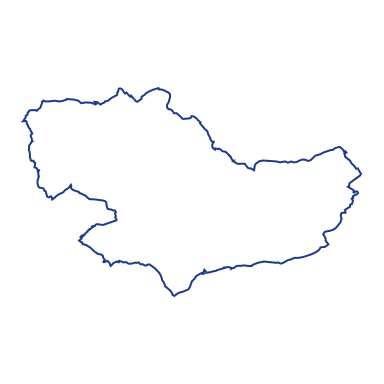 Cepari, Arges, Romania
{"feature_id": "2599482B57703941239263", "entity_name": "Cepari", "entity_type": "district", "adm_level": 2, "iso_a3": "ROU", "parent_name": "Romania", "parent_adm1": "Arges", "projection": "robinson", "projection_center": [24.502, 45.211], "detail": "fine", "context": "isolated", "style": "outline", "palette": "blue", "viewbox_px": 384, "rotation_deg": 0, "n_neighbors": 0, "source": "geoboundaries", "source_scale": "gbopen_adm2", "svg_char_len": 5896}
<svg xmlns="http://www.w3.org/2000/svg" viewBox="0 0 384 384"><path d="M328.4,244.3L325.6,240.7L325.6,238.4L323.2,234.1L325.0,231.7L329.8,230.8L333.2,229.7L336.2,227.7L340.7,221.9L341.1,219.8L341.7,218.7L341.0,217.4L340.8,215.2L341.4,213.1L343.6,212.7L345.5,212.7L345.0,209.8L350.1,206.7L350.1,204.7L352.0,204.0L353.0,200.5L351.7,198.6L353.2,198.0L353.0,197.1L352.8,196.7L352.8,196.2L357.0,194.2L358.0,193.1L357.6,191.9L356.9,191.4L356.0,191.4L355.0,191.8L354.3,192.6L353.6,192.5L353.4,192.0L353.9,191.0L353.5,190.1L347.9,186.8L349.2,185.7L349.4,183.3L360.1,175.5L361.0,173.9L357.7,168.4L356.1,168.7L354.4,166.1L351.4,163.2L350.2,160.8L345.2,156.8L345.1,155.5L344.3,153.6L346.4,152.6L345.2,151.2L344.6,151.6L343.8,151.5L343.5,150.3L339.9,146.9L335.6,147.9L332.8,149.9L331.0,150.0L323.6,152.4L320.4,154.2L315.3,155.7L310.6,160.2L308.3,161.0L305.5,159.8L302.4,159.5L298.9,160.8L296.7,162.0L294.1,162.4L291.1,161.5L289.7,162.2L287.7,162.6L285.1,161.4L279.9,162.4L276.9,161.5L263.3,160.5L259.4,161.2L256.3,163.3L254.8,165.3L254.1,170.3L250.8,168.4L248.3,168.2L247.5,167.4L244.7,163.7L237.5,163.8L232.8,161.1L233.3,160.7L233.1,160.7L231.8,159.2L231.2,158.1L230.9,157.0L230.1,156.5L229.9,155.8L229.6,155.8L229.2,155.0L228.6,154.9L228.3,154.4L225.5,151.8L224.0,151.6L221.8,150.8L220.3,149.3L218.8,148.6L218.0,149.2L215.4,148.4L215.0,149.6L213.0,148.1L212.1,146.0L212.7,143.5L213.6,142.4L213.7,141.7L212.1,141.8L210.4,139.4L210.3,138.3L208.0,133.8L207.5,131.5L204.8,129.0L200.0,123.3L200.5,122.3L198.1,120.3L196.1,118.0L193.4,116.3L191.5,116.1L190.9,117.7L189.4,118.4L183.0,118.9L182.0,118.4L180.8,116.8L176.5,113.2L174.1,113.3L171.7,110.0L169.7,109.2L168.6,109.2L167.1,107.6L167.0,105.0L168.9,101.6L170.1,96.7L169.9,94.1L168.2,92.4L166.6,91.8L165.7,91.1L162.1,89.6L158.9,89.4L158.5,88.1L152.8,89.8L148.7,91.7L145.9,93.3L145.0,94.5L141.6,96.8L141.5,98.8L137.2,101.8L136.0,101.3L131.1,95.7L130.7,96.7L129.8,96.4L126.4,92.5L125.0,93.5L123.9,92.2L122.3,89.5L120.4,88.4L118.7,88.7L118.1,91.6L117.2,92.4L117.4,93.9L116.9,95.1L111.2,98.1L108.4,100.5L106.7,101.2L105.0,101.3L104.1,102.7L101.5,103.7L100.7,104.6L99.2,103.7L97.5,102.2L94.8,101.9L96.3,103.9L95.4,104.5L94.4,103.3L92.8,103.6L91.7,102.9L88.8,102.5L88.0,102.7L86.6,102.3L81.1,103.2L78.5,100.8L74.1,99.6L66.7,99.0L66.2,99.8L61.0,101.3L58.7,101.4L55.2,100.7L48.0,101.5L44.9,101.3L43.4,100.5L42.0,101.8L42.4,102.3L40.1,108.0L38.4,109.1L37.1,110.6L36.6,110.8L35.9,110.2L35.3,110.0L34.8,110.2L30.8,110.1L29.3,110.7L29.0,111.4L27.7,112.6L27.7,114.1L27.5,114.6L27.0,115.1L26.0,115.5L25.6,116.2L25.7,117.0L25.6,117.6L23.0,121.3L25.8,121.0L26.2,121.2L26.7,121.9L26.7,123.1L27.8,125.2L27.6,125.2L28.4,127.0L29.1,128.0L30.0,128.7L30.1,129.7L32.2,133.2L32.1,133.8L31.0,134.7L30.8,135.0L30.9,136.5L31.5,137.8L32.1,140.9L32.5,141.3L31.5,141.7L31.3,142.5L30.0,144.3L29.1,145.8L29.0,146.5L29.3,147.9L28.8,149.7L29.8,153.0L30.0,155.9L29.8,157.1L30.4,158.3L30.8,160.4L31.2,160.7L33.5,160.8L33.8,162.1L35.0,162.6L35.2,163.5L34.5,167.3L36.7,168.2L37.3,169.0L37.5,170.0L38.7,170.1L39.1,170.3L38.6,171.2L37.8,171.9L38.3,172.7L38.4,173.5L38.1,174.3L39.0,176.3L38.3,177.2L38.3,178.6L37.7,179.8L37.8,180.5L37.5,181.2L37.6,183.7L38.0,185.3L38.4,186.3L39.1,187.5L42.7,188.2L43.6,188.8L44.2,189.6L44.4,190.8L45.5,191.2L45.8,191.6L46.2,193.0L46.3,194.1L46.9,195.4L47.0,196.2L47.6,197.0L48.8,197.4L49.6,197.2L50.4,196.3L51.0,196.3L51.9,197.6L52.1,199.5L52.6,199.3L57.2,195.4L59.3,194.0L62.1,192.9L63.4,192.1L65.1,190.1L67.2,188.9L68.6,187.8L69.9,186.4L70.7,184.9L70.9,184.7L71.3,185.6L71.0,187.8L71.8,189.1L73.4,190.0L75.6,190.9L78.6,191.8L78.9,192.1L79.2,192.8L79.5,193.1L81.0,193.5L82.5,194.3L85.2,195.4L89.1,199.0L89.9,199.2L94.9,199.4L99.7,200.1L101.5,200.2L104.0,200.8L105.4,201.4L106.1,202.3L106.9,206.5L107.7,208.8L108.2,209.1L111.1,209.5L113.4,210.5L115.1,210.5L115.6,211.4L115.9,212.3L115.0,213.3L115.7,215.6L115.8,216.6L115.2,217.3L115.7,218.4L116.6,219.8L116.5,220.3L103.5,224.8L102.1,224.9L98.1,224.2L96.7,224.2L95.7,224.7L94.8,226.1L94.0,226.1L92.9,227.1L92.4,226.8L92.5,226.2L92.2,226.3L91.8,226.7L91.7,227.9L90.1,229.3L89.6,229.6L89.3,229.3L87.7,230.9L87.7,231.6L87.1,231.8L85.5,233.3L84.7,234.7L83.7,234.7L83.5,235.7L82.9,235.6L82.5,236.6L82.4,236.6L82.5,235.8L82.2,235.6L81.6,235.8L80.6,236.7L80.5,237.0L81.7,237.5L81.9,237.9L81.1,239.0L79.1,240.6L81.2,242.2L82.2,242.4L82.4,243.8L82.7,244.1L83.5,244.4L84.5,244.3L85.3,245.0L86.3,245.1L90.3,247.6L95.2,252.2L96.4,252.7L97.5,253.8L100.5,254.4L101.9,254.9L102.9,255.9L103.1,257.4L103.3,258.0L104.8,259.8L104.6,260.4L103.6,261.4L103.4,261.8L103.5,262.1L104.5,262.1L107.1,260.9L107.8,261.1L108.4,262.0L109.0,262.3L109.6,263.0L110.0,264.6L110.6,265.9L111.8,264.9L113.2,263.3L115.7,261.9L117.1,261.5L118.7,262.4L118.9,262.2L118.9,261.0L119.2,260.8L120.1,261.3L121.2,261.4L123.1,262.3L124.4,262.4L125.2,262.1L126.1,262.1L128.5,263.7L131.4,263.7L135.2,262.6L137.0,262.9L138.6,262.4L139.1,262.8L140.5,264.3L142.7,264.2L144.3,265.3L146.0,265.5L148.6,264.4L149.5,264.4L155.0,268.4L159.2,272.8L161.0,276.0L162.3,280.3L163.7,282.3L164.3,283.6L164.8,284.9L164.9,286.1L168.0,288.6L170.3,290.6L171.9,292.9L172.5,294.8L174.3,295.9L178.5,292.9L182.3,291.9L188.2,289.5L189.8,287.2L191.9,281.4L195.4,277.8L195.5,276.8L197.0,275.5L201.7,273.0L202.6,274.0L204.2,273.4L203.3,272.6L204.3,269.8L205.9,271.5L206.3,272.6L206.8,272.7L209.2,272.4L213.3,271.3L216.0,270.9L216.9,270.2L223.9,268.2L223.8,267.6L224.7,267.4L225.0,267.8L228.3,266.9L229.9,267.6L231.0,267.7L231.2,268.9L231.9,268.3L233.7,268.1L235.6,266.6L237.0,265.9L241.1,265.8L243.6,265.4L249.0,266.0L251.5,266.0L251.5,265.7L254.2,264.2L256.6,263.3L260.1,262.2L262.5,262.0L263.5,261.5L276.2,262.8L278.5,262.5L279.6,263.2L281.0,263.6L283.1,262.9L287.9,260.1L291.1,259.4L292.2,258.7L294.9,257.8L297.0,257.9L299.9,257.7L304.2,256.7L311.7,254.2L316.3,251.9L318.3,250.6L319.5,249.2L320.5,247.4L324.9,246.9L327.2,245.4L328.4,244.3Z" fill="none" stroke="#1e3a8a" stroke-width="2"/></svg>